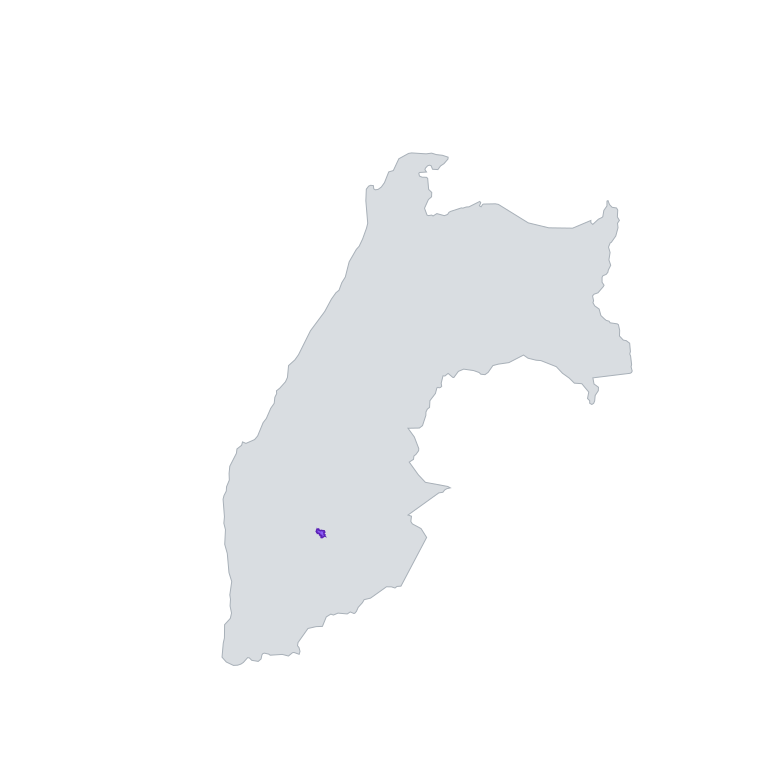 Cusco, Cusco, Peru shown in context, rotated 54°
{"feature_id": "86281439B18210308777345", "entity_name": "Cusco", "entity_type": "district", "adm_level": 2, "iso_a3": "PER", "parent_name": "Peru", "parent_adm1": "Cusco", "projection": "natural_earth1", "projection_center": [-71.976, -13.539], "detail": "fine", "context": "in_parent", "style": "filled", "palette": "violet", "viewbox_px": 768, "rotation_deg": 54, "n_neighbors": 0, "source": "geoboundaries", "source_scale": "gbopen_adm2", "svg_char_len": 5671}
<svg xmlns="http://www.w3.org/2000/svg" viewBox="0 0 768 768"><g transform="rotate(54 384 384)"><path d="M522.9,225.8L522.7,227.9L520.5,228.9L518.4,227.4L515.4,227.9L510.9,223.1L500.0,223.8L495.2,229.5L488.0,230.7L480.2,233.3L471.3,234.4L457.3,243.3L454.1,247.0L447.8,252.3L442.6,254.1L440.1,270.4L435.1,279.9L433.1,285.1L435.8,292.9L435.8,296.8L433.0,299.9L430.6,300.3L425.8,303.6L418.8,310.8L417.5,316.4L419.8,323.7L419.0,324.5L413.1,325.9L413.3,330.0L412.1,331.5L417.0,337.3L419.8,338.7L420.0,340.2L419.5,341.7L418.4,342.3L418.3,343.6L421.9,348.0L424.5,356.7L429.7,360.9L429.8,363.7L431.3,366.5L434.0,368.6L440.3,377.3L440.4,381.3L433.9,390.6L444.7,390.6L456.6,393.8L458.3,395.2L459.7,399.4L459.9,402.2L462.3,404.4L462.0,409.5L477.7,409.6L487.9,408.3L504.3,392.7L507.0,391.4L505.6,394.8L505.4,397.3L506.2,400.0L504.3,403.7L504.1,441.6L507.1,439.5L511.0,443.1L513.8,443.3L522.8,439.0L533.2,439.7L557.5,489.1L555.4,492.5L555.5,495.0L552.5,497.2L549.5,501.2L549.3,520.8L546.8,526.8L548.2,529.9L549.5,536.1L551.7,539.9L552.3,542.3L552.0,543.2L548.6,545.3L548.4,548.9L542.3,555.9L541.2,560.7L538.9,562.3L538.5,567.6L543.9,576.3L540.4,581.5L537.1,589.2L542.6,605.5L544.9,607.8L547.3,607.7L550.9,609.1L552.8,611.5L548.3,614.6L547.6,615.9L547.9,621.2L543.0,625.2L536.5,635.5L534.8,636.0L531.4,639.0L530.9,640.6L531.4,642.0L534.2,645.1L534.5,648.8L529.8,653.4L526.5,653.9L525.2,655.1L526.6,661.4L526.5,664.3L525.5,667.6L523.2,671.2L516.2,675.0L509.8,675.6L499.1,666.3L495.7,662.4L485.0,654.4L483.3,646.1L479.7,642.0L473.1,639.0L467.9,634.7L464.0,632.7L454.3,623.3L445.5,620.3L429.0,610.4L420.1,607.1L408.7,597.9L402.5,595.4L397.6,591.1L382.6,581.9L380.2,579.0L377.9,574.5L374.6,571.8L370.8,565.6L365.3,561.9L359.9,557.1L353.3,544.1L350.1,541.1L349.9,535.2L347.7,532.5L350.9,530.6L352.9,521.4L351.8,516.8L344.2,504.5L342.7,499.4L337.1,489.9L335.1,484.2L330.6,480.1L328.7,476.5L326.3,475.0L326.1,470.7L324.3,462.4L321.9,458.2L313.0,450.4L312.1,441.9L310.1,436.0L297.7,412.2L290.5,389.3L284.4,376.6L281.9,369.2L281.7,365.3L277.2,358.5L274.7,352.4L264.7,340.4L258.8,327.2L258.0,323.2L254.0,315.9L247.6,306.5L244.4,302.7L225.1,291.0L216.0,283.8L214.9,280.1L215.4,278.0L217.3,276.0L220.1,277.6L221.8,276.9L223.1,274.3L223.1,270.4L221.4,265.3L215.2,255.5L216.8,251.0L210.5,239.6L211.9,228.6L213.3,225.8L222.6,214.6L225.2,209.8L229.2,206.8L233.3,202.3L238.2,198.8L239.6,200.0L241.0,206.0L240.8,210.0L242.2,214.4L238.8,218.5L235.1,217.6L233.7,218.6L233.1,220.5L233.7,223.6L234.7,224.9L237.5,225.0L233.8,230.9L234.0,232.0L236.6,233.1L239.1,231.6L241.7,228.2L243.3,227.8L252.8,233.5L257.1,232.8L260.5,235.5L260.9,239.7L265.6,247.9L272.6,249.9L273.8,249.2L275.4,246.1L276.9,245.6L277.2,241.1L283.3,236.2L284.2,232.9L283.3,230.5L283.5,228.7L287.0,217.9L288.1,216.8L289.2,213.3L290.6,211.2L292.6,199.2L294.3,199.2L295.9,202.1L297.7,201.3L296.7,198.6L297.0,197.6L303.7,188.0L305.9,185.9L338.4,172.6L354.5,158.9L368.8,139.8L373.3,120.5L374.9,121.8L377.6,121.3L376.7,113.6L377.4,109.8L377.3,108.7L372.8,104.1L371.0,99.0L367.1,96.1L367.3,95.0L371.4,96.1L375.1,95.6L378.3,92.4L380.7,92.7L386.0,97.0L390.0,97.4L391.2,100.6L395.1,102.8L400.5,109.5L403.0,116.8L402.8,118.1L405.2,121.9L410.5,123.8L415.8,129.1L421.2,130.8L423.7,135.6L425.2,137.2L425.9,139.9L425.1,143.2L425.9,144.9L429.9,147.8L433.4,147.9L434.1,149.3L436.0,157.3L434.8,161.3L435.3,163.5L439.8,165.5L441.1,167.2L444.7,167.6L449.8,165.9L456.1,168.3L461.0,167.4L463.2,166.8L465.5,165.0L467.4,165.1L472.4,160.0L473.8,159.5L479.1,161.8L483.6,165.3L489.1,164.6L491.4,162.5L495.4,161.3L502.6,165.6L504.2,167.6L506.2,168.0L513.9,172.3L515.3,174.0L519.4,175.6L520.2,177.0L520.0,178.6L501.8,211.4L507.4,214.1L512.7,212.4L515.4,214.6L517.4,219.9L521.5,223.5L522.9,225.8Z" fill="#d9dde1" stroke="#a8b0b8" stroke-width="1"/><path d="M463.4,525.4L463.5,525.4L463.8,525.2L464.0,525.2L464.0,525.3L464.2,525.5L464.3,525.6L464.5,525.7L464.8,525.6L465.0,525.6L465.3,525.4L465.5,525.5L465.5,525.4L465.8,525.3L465.8,525.2L466.0,525.0L466.1,524.9L466.2,524.7L466.3,524.7L466.5,524.5L466.8,524.5L467.0,524.4L467.3,524.4L467.5,524.5L467.5,524.4L467.6,524.5L467.8,524.4L468.0,524.4L468.1,524.5L468.3,524.6L468.5,524.6L468.8,524.5L469.0,524.6L469.1,524.4L469.1,524.2L469.3,524.2L469.3,523.9L469.5,523.9L469.5,524.0L469.6,523.9L469.6,524.0L469.8,524.2L470.0,524.2L470.0,524.3L470.3,524.5L470.5,524.5L470.8,524.6L470.9,524.8L471.0,524.9L471.0,525.0L471.3,525.1L471.5,524.9L471.6,524.7L471.9,524.4L471.8,524.2L471.7,524.1L471.6,523.9L471.6,523.7L471.9,523.5L472.0,523.4L472.0,523.2L472.0,522.9L472.0,522.7L472.0,522.4L472.0,522.2L472.0,521.9L471.9,521.8L471.9,521.7L472.0,521.5L472.0,521.4L472.3,521.2L472.2,521.2L471.9,521.0L471.8,520.9L471.7,520.8L471.5,520.7L471.4,520.7L471.2,520.5L471.0,520.8L470.9,520.8L470.7,520.8L470.4,520.9L470.2,520.9L470.1,520.7L469.9,520.6L469.6,520.3L469.4,520.2L469.2,520.1L468.9,520.0L468.9,519.9L469.0,519.8L469.1,519.6L469.0,519.4L469.0,519.2L469.0,518.9L468.9,518.9L468.8,519.0L468.7,519.1L468.4,519.0L468.2,519.0L468.0,518.9L467.8,518.9L467.7,518.8L467.6,518.7L467.5,518.8L467.4,518.9L467.3,519.0L467.2,519.1L467.0,519.3L466.9,519.5L466.8,519.8L466.7,519.9L466.6,520.0L466.4,520.2L466.2,520.2L465.9,520.3L465.8,520.5L465.7,520.6L465.6,520.8L465.6,521.0L465.4,521.5L465.3,521.8L465.2,521.8L464.9,521.8L464.7,522.0L464.4,522.3L464.3,522.5L464.2,522.6L463.9,522.6L463.7,522.5L463.5,522.4L463.4,522.3L463.4,522.2L463.2,522.1L462.9,522.1L462.7,522.3L462.6,522.5L462.7,522.8L462.7,523.0L462.5,523.3L462.5,523.5L462.4,523.5L462.5,523.6L462.5,523.8L462.4,523.9L462.5,524.0L462.5,524.3L462.8,524.5L463.0,524.6L463.1,524.8L463.3,524.8L463.3,525.0L463.4,525.3L463.4,525.4Z" fill="#8b5cf6" stroke="#5b21b6" stroke-width="1.5"/></g></svg>